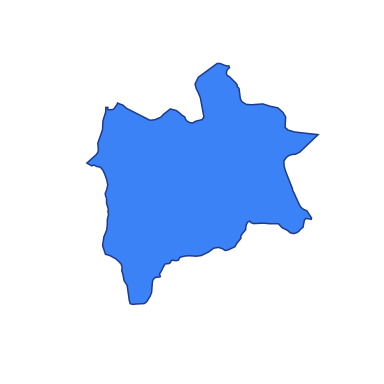 map outline of Taza - Al Hoceima - Taounate (Equal Earth projection), rotated 300°
{"feature_id": "MAR-1447", "entity_name": "Taza - Al Hoceima - Taounate", "entity_type": "Region", "adm_level": 1, "iso_a3": "MAR", "parent_name": "Morocco", "parent_adm1": "", "projection": "equal_earth", "projection_center": [-4.152, 34.39], "detail": "fine", "context": "isolated", "style": "filled", "palette": "blue", "viewbox_px": 384, "rotation_deg": 300, "n_neighbors": 0, "source": "natural_earth", "source_scale": "10m", "svg_char_len": 2484}
<svg xmlns="http://www.w3.org/2000/svg" viewBox="0 0 384 384"><g transform="rotate(300 192 192)"><path d="M164.5,86.5L176.5,90.4L179.3,90.6L181.4,90.0L187.2,86.0L201.0,83.4L209.4,79.2L218.0,77.3L222.2,75.1L223.2,76.7L222.9,77.2L221.6,77.7L221.2,78.2L221.6,79.0L222.3,79.9L223.7,82.1L225.2,82.9L227.3,83.0L230.0,83.3L231.9,83.1L231.9,84.0L232.7,88.8L231.7,93.5L233.1,119.7L236.0,123.7L241.2,127.6L245.1,128.5L253.1,131.7L254.7,137.6L254.3,141.3L253.5,145.1L253.4,148.1L251.7,150.2L250.9,152.5L251.0,155.3L252.0,158.0L254.9,159.6L259.9,164.7L263.2,164.6L277.9,152.0L281.3,147.6L283.6,144.0L287.1,140.6L294.5,140.1L315.9,149.5L317.4,152.2L317.8,155.5L318.3,158.2L319.6,160.9L318.4,162.3L316.8,161.7L314.5,161.5L312.0,162.4L310.5,164.2L310.6,166.8L308.2,175.7L307.9,176.1L307.6,177.2L307.2,177.7L306.1,178.3L305.7,179.2L305.5,180.2L304.8,181.3L297.5,186.8L296.0,188.5L295.2,190.1L295.1,191.5L295.0,195.2L297.3,199.9L303.7,209.3L305.3,216.7L307.8,224.3L306.4,230.9L303.8,235.6L294.5,240.3L293.7,244.3L295.3,250.9L304.7,272.5L280.5,265.4L276.5,262.8L274.6,260.0L272.1,257.7L268.6,256.3L264.7,256.1L260.7,258.7L256.9,262.5L245.3,277.1L243.6,278.5L242.4,280.5L234.6,291.4L233.2,294.1L232.7,297.3L233.2,300.7L229.3,308.5L227.9,308.9L227.3,306.8L225.8,303.7L223.5,303.5L216.9,305.8L214.0,304.6L211.4,304.2L209.0,302.9L206.9,301.0L205.8,297.5L206.5,293.7L206.1,288.1L207.7,282.7L203.4,275.2L200.7,269.4L195.4,261.1L195.0,258.4L195.6,256.5L193.5,255.1L189.7,255.7L186.1,257.3L180.8,256.4L178.0,256.3L176.5,257.5L169.1,256.4L166.2,256.6L160.2,252.5L157.9,250.0L158.1,246.8L157.3,242.7L154.2,238.9L148.4,236.4L141.7,231.9L138.6,227.9L135.6,221.8L133.1,218.0L129.4,214.2L126.1,214.3L124.7,212.8L124.3,212.1L123.6,210.4L123.6,210.0L122.5,208.3L122.1,208.4L120.1,208.5L119.2,208.3L118.0,207.2L117.2,205.9L116.3,204.8L114.6,204.6L106.3,205.0L105.4,204.8L104.7,204.9L102.9,206.9L101.9,206.1L100.0,203.3L98.0,202.3L96.0,202.2L94.1,202.8L85.1,207.1L81.4,207.8L75.2,207.7L73.2,207.3L71.4,206.3L66.5,198.8L65.5,197.7L64.9,196.4L64.4,194.3L66.5,192.1L78.6,182.6L81.3,177.5L86.7,172.8L88.7,170.5L91.9,169.1L94.0,166.9L95.2,163.6L96.0,159.5L95.9,152.6L94.8,148.2L100.8,141.4L109.1,138.1L116.6,137.1L121.7,134.8L125.6,132.5L130.7,131.0L133.2,128.8L135.3,128.2L139.4,123.7L144.0,121.0L145.5,119.0L147.4,117.5L149.4,117.3L152.5,116.7L156.1,115.4L160.0,112.0L163.5,107.9L166.5,103.7L167.6,100.0L166.5,96.9L166.3,93.6L164.5,92.1L164.5,87.3L164.5,86.5Z" fill="#3b82f6" stroke="#1e3a8a" stroke-width="1.5"/></g></svg>